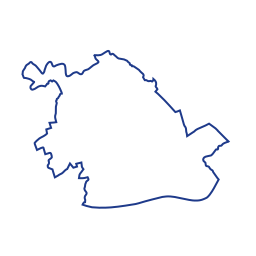 outline of Go Cong Tay, Tiền Giang, Vietnam, rotated 346°
{"feature_id": "81297802B95643835690721", "entity_name": "Go Cong Tay", "entity_type": "district", "adm_level": 2, "iso_a3": "VNM", "parent_name": "Vietnam", "parent_adm1": "Tiền Giang", "projection": "orthographic", "projection_center": [106.581, 10.355], "detail": "fine", "context": "isolated", "style": "outline", "palette": "blue", "viewbox_px": 256, "rotation_deg": 346, "n_neighbors": 0, "source": "geoboundaries", "source_scale": "gbopen_adm2", "svg_char_len": 5534}
<svg xmlns="http://www.w3.org/2000/svg" viewBox="0 0 256 256"><g transform="rotate(346 128 128)"><path d="M38.6,50.2L38.8,51.7L38.9,52.8L39.0,53.5L39.3,54.3L40.4,54.6L41.2,54.9L43.5,56.2L44.7,57.0L45.5,57.7L47.0,59.6L48.0,60.5L47.9,60.9L44.1,63.5L43.7,63.8L43.5,64.2L43.3,64.6L43.1,65.4L43.1,65.8L43.4,66.7L43.6,67.1L44.1,67.5L44.6,67.7L45.0,67.7L46.1,67.6L47.3,67.4L50.8,66.2L52.1,66.0L53.8,66.0L55.2,66.4L56.1,66.8L57.2,67.4L57.8,67.6L58.0,67.4L58.3,67.0L59.4,66.4L60.1,65.6L60.3,65.5L61.3,65.7L61.7,65.3L61.8,64.5L62.0,64.2L62.2,63.9L62.8,63.4L63.1,63.3L64.5,63.1L65.6,64.5L67.1,63.8L68.2,64.8L69.0,65.7L69.6,66.8L70.2,68.4L71.0,71.1L71.6,73.9L72.2,77.7L72.1,78.6L71.3,78.5L71.1,78.5L70.3,78.8L70.1,79.0L69.6,80.0L68.4,80.9L67.6,81.9L67.1,82.2L66.5,82.4L66.0,82.6L65.4,83.8L64.9,84.2L64.7,84.8L64.7,85.3L64.9,86.0L64.9,86.6L63.2,89.9L61.5,96.3L60.2,98.7L59.8,100.5L59.8,105.0L57.1,104.7L53.1,104.0L53.4,109.3L48.4,109.6L48.1,113.8L46.4,114.7L44.0,115.5L41.5,116.1L39.5,116.7L36.3,118.3L34.4,119.5L33.8,120.0L33.7,121.0L33.9,122.9L34.4,127.3L38.7,126.4L39.9,126.3L40.8,126.3L41.0,126.5L41.2,126.8L41.2,127.4L41.4,133.4L44.6,133.3L45.3,133.2L46.0,133.2L46.3,133.3L46.7,133.5L46.9,133.8L47.1,134.3L47.2,135.6L47.2,136.7L47.0,137.8L46.9,138.1L46.4,138.5L45.8,138.8L43.7,139.7L43.4,139.9L43.2,140.2L43.0,140.7L43.1,141.7L42.8,143.0L42.6,143.4L42.2,143.9L41.1,144.8L40.9,145.6L40.8,146.5L41.2,147.4L44.7,149.9L44.8,152.8L45.1,158.2L45.6,158.1L47.2,157.6L48.1,157.4L50.0,156.7L51.7,156.3L52.7,156.1L54.2,155.4L56.5,154.0L57.8,153.4L58.4,153.2L59.1,153.1L63.1,148.4L65.4,153.3L69.2,153.1L69.1,150.2L74.4,150.2L74.0,153.7L73.9,154.1L73.9,154.6L74.2,155.7L74.8,157.2L72.5,159.1L70.6,160.6L70.0,161.2L69.5,161.9L68.3,164.8L70.4,165.4L72.3,165.8L74.0,166.0L76.9,166.0L77.2,167.3L77.2,168.3L77.1,168.5L76.7,168.9L74.9,169.7L74.6,170.0L74.3,170.2L73.5,171.5L73.0,172.1L72.2,174.1L71.7,175.1L71.1,176.0L71.0,176.4L71.0,177.2L71.1,178.0L72.0,180.3L72.1,180.9L72.0,181.4L71.6,182.1L69.8,183.7L69.2,184.8L69.0,186.0L69.1,187.5L69.0,187.8L68.4,189.6L67.4,189.5L66.1,190.5L65.4,191.4L68.9,193.6L73.9,196.2L80.9,198.4L86.6,199.8L92.2,200.9L99.2,201.9L106.6,202.7L116.9,203.6L120.1,203.6L124.6,203.4L127.3,203.3L134.7,203.2L137.7,203.2L144.6,203.2L148.6,203.7L150.5,204.1L152.6,204.7L156.8,206.3L159.5,207.6L169.8,212.5L173.2,213.9L175.1,214.5L177.4,215.1L179.3,215.4L180.5,215.5L182.4,215.5L184.2,215.3L185.5,215.1L187.5,214.7L189.1,213.9L191.1,212.5L194.2,209.8L196.7,207.3L203.5,199.9L202.5,197.8L200.0,191.4L199.9,190.2L199.8,189.9L199.6,189.5L198.6,188.5L198.0,187.7L197.5,186.5L197.3,185.8L197.1,185.2L196.9,185.0L196.2,184.5L194.9,183.9L194.7,183.6L194.5,183.0L194.6,181.6L194.7,180.4L194.6,180.2L193.5,178.5L193.3,178.1L193.3,176.8L193.6,176.2L194.3,175.4L194.7,175.1L195.9,174.7L196.4,174.6L198.7,174.6L201.7,174.7L202.3,174.6L202.8,174.3L204.1,173.5L208.1,170.2L208.5,170.1L209.7,170.5L209.8,170.5L210.0,170.4L210.4,169.9L210.6,168.9L211.0,168.2L211.4,167.8L212.0,167.4L212.4,167.4L213.3,167.6L214.2,167.7L214.5,167.6L215.9,166.6L216.5,166.3L217.6,166.0L218.8,165.8L220.5,165.6L221.8,165.6L222.3,165.4L220.9,163.2L214.7,152.8L214.4,152.3L214.4,152.1L214.1,151.6L212.8,149.5L207.7,143.4L203.9,144.3L195.2,145.8L193.2,146.4L191.2,147.5L190.5,147.7L183.4,150.2L183.7,147.5L183.6,146.0L183.7,145.1L183.9,144.0L184.1,142.5L184.0,141.4L183.7,140.4L183.5,140.1L183.3,139.4L183.1,138.1L182.9,131.3L182.6,123.5L179.8,123.9L177.8,124.0L173.4,115.8L170.0,109.7L165.4,102.2L163.4,99.4L165.9,97.5L165.8,96.7L165.2,95.4L164.9,94.3L165.1,93.8L165.7,93.0L166.2,91.1L166.2,90.4L166.0,89.4L165.6,88.3L164.5,86.6L164.3,87.3L163.7,88.1L163.3,88.4L162.8,88.6L162.6,88.7L161.9,88.1L161.4,87.8L159.5,87.6L158.8,87.3L157.3,86.0L156.6,85.8L156.2,85.8L155.9,85.7L155.5,84.5L154.9,82.3L155.5,81.6L155.9,80.8L155.9,80.4L155.9,79.9L155.6,79.1L154.4,77.4L153.5,75.9L152.9,74.7L152.7,74.3L151.4,72.8L148.9,70.0L148.5,69.6L147.8,69.2L146.9,69.1L146.7,68.8L146.9,68.3L146.9,68.1L145.4,67.2L145.2,66.9L145.2,66.6L145.4,65.9L145.3,65.5L144.0,63.8L143.8,63.5L143.6,62.9L143.3,62.5L140.9,60.6L140.3,60.3L135.8,58.3L135.1,57.7L134.4,56.8L133.8,55.8L132.4,53.9L132.0,53.2L131.5,52.6L131.0,52.3L130.5,52.2L130.2,52.3L129.7,52.5L129.3,52.6L129.1,52.5L128.7,52.2L128.5,51.8L128.4,51.2L128.3,49.6L128.3,49.2L128.1,48.9L128.0,48.7L127.6,48.5L127.3,48.4L126.6,48.4L124.1,49.1L120.6,50.3L119.2,50.5L118.8,50.5L116.5,50.2L114.2,49.5L113.2,49.3L112.7,48.7L113.2,50.4L113.3,52.4L113.4,52.9L113.7,53.5L115.1,55.7L115.3,56.2L115.3,56.7L115.2,57.0L114.8,57.3L113.9,57.7L110.0,58.6L109.1,58.9L105.0,60.8L103.7,61.3L103.2,61.4L100.5,61.6L99.5,61.8L99.0,62.0L98.6,62.3L97.1,63.9L96.6,64.3L96.3,64.4L95.9,64.5L95.4,64.4L94.9,64.3L94.4,64.0L94.0,63.6L93.0,62.5L92.5,61.9L91.7,61.4L91.2,61.3L89.5,61.3L88.8,61.4L88.1,61.5L85.4,62.7L84.4,63.1L83.3,63.3L82.6,63.3L81.9,63.2L81.7,63.1L81.4,62.9L81.0,62.4L80.9,62.0L80.8,61.3L80.9,59.6L81.5,56.5L81.9,53.6L81.9,52.0L81.6,51.2L81.2,50.7L80.7,50.2L80.1,49.9L79.8,49.8L79.0,49.6L76.1,49.6L74.1,49.8L73.3,49.9L72.0,50.3L71.3,50.4L70.7,50.2L70.4,50.0L70.0,49.4L69.6,46.7L69.4,45.8L69.2,45.6L69.0,45.3L68.6,45.0L68.2,44.9L67.7,44.9L67.3,45.0L66.1,45.6L65.3,46.2L64.5,46.9L63.6,47.8L62.1,50.1L61.1,51.6L60.6,52.7L60.1,53.4L59.5,54.0L58.7,54.6L58.4,54.6L58.1,54.4L57.8,54.1L57.6,53.8L56.3,50.7L54.4,46.8L53.5,45.1L52.6,44.1L51.6,43.1L51.0,42.3L50.7,41.7L50.3,40.8L49.9,40.6L49.7,40.5L49.4,40.5L48.9,40.6L47.4,41.5L44.8,42.4L44.4,42.7L43.4,43.6L42.7,44.7L40.1,47.1L39.8,47.5L39.6,47.8L38.9,49.8L38.6,50.2Z" fill="none" stroke="#1e3a8a" stroke-width="2"/></g></svg>